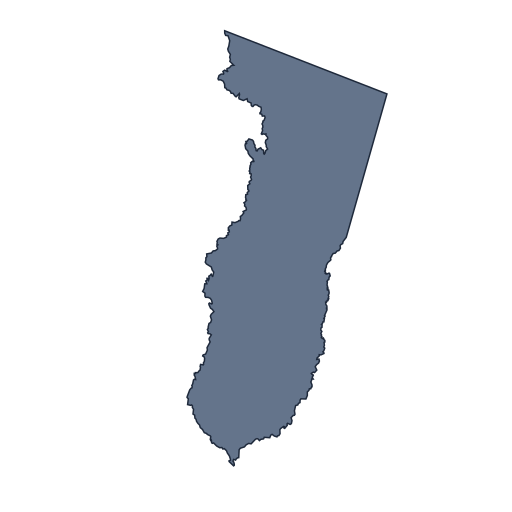 Novo Progresso, Pará, Brazil (Robinson projection), rotated 196°
{"feature_id": "56859067B57581825298876", "entity_name": "Novo Progresso", "entity_type": "district", "adm_level": 2, "iso_a3": "BRA", "parent_name": "Brazil", "parent_adm1": "Pará", "projection": "robinson", "projection_center": [-55.438, -7.908], "detail": "fine", "context": "isolated", "style": "filled", "palette": "slate", "viewbox_px": 512, "rotation_deg": 196, "n_neighbors": 0, "source": "geoboundaries", "source_scale": "gbopen_adm2", "svg_char_len": 6094}
<svg xmlns="http://www.w3.org/2000/svg" viewBox="0 0 512 512"><g transform="rotate(196 256 256)"><path d="M281.9,111.1L282.8,109.1L283.4,101.8L283.3,101.0L281.7,100.1L280.8,94.3L277.8,94.4L276.8,95.1L275.8,94.4L275.4,92.8L273.8,91.5L273.0,86.7L271.1,86.1L270.0,83.3L268.6,82.5L267.6,80.7L265.7,79.1L263.7,78.0L262.3,75.7L259.6,74.5L257.0,71.9L254.4,71.8L253.8,71.1L250.3,70.5L249.7,69.9L249.4,67.1L248.7,66.3L248.4,66.9L248.1,66.6L247.2,64.3L246.4,63.9L245.2,64.6L241.4,62.5L238.0,61.7L236.0,62.5L234.6,61.3L233.4,62.1L230.7,60.7L229.2,58.7L226.5,56.5L224.6,53.7L224.3,52.6L225.5,51.5L225.0,50.9L219.7,48.1L219.2,48.8L219.5,49.9L220.6,51.8L221.5,52.3L221.6,53.5L221.4,54.3L219.4,54.2L219.0,55.7L218.0,57.0L217.0,57.4L218.8,65.1L218.1,66.9L214.5,69.3L213.4,71.8L211.4,73.8L208.9,74.1L206.0,79.7L204.7,80.7L203.7,80.7L201.8,79.5L200.8,81.1L198.3,82.3L198.1,84.0L192.7,85.1L192.4,87.9L191.4,89.0L188.8,88.0L186.0,87.9L185.8,89.0L184.5,89.7L183.9,91.8L185.2,95.7L184.7,97.0L182.5,99.8L181.9,99.8L181.8,98.4L180.9,98.2L179.3,101.8L179.9,103.2L179.5,103.9L176.8,103.5L175.8,104.6L176.0,107.6L177.7,110.3L176.3,113.0L175.2,113.5L174.9,114.6L176.4,117.8L176.7,123.2L174.8,124.3L174.6,126.0L173.3,127.2L173.9,129.6L173.4,131.1L168.6,132.3L168.2,136.1L169.2,139.5L168.1,141.3L168.1,143.1L166.8,143.4L166.5,145.5L166.1,145.7L166.6,147.5L168.6,150.1L168.3,151.5L168.6,153.1L167.1,153.5L168.5,154.8L168.5,156.0L167.9,156.7L168.5,157.6L169.5,157.6L170.5,158.4L168.9,160.2L167.8,160.0L167.4,160.4L166.1,163.1L168.5,165.8L168.5,166.3L167.8,168.3L166.3,170.4L166.1,172.5L167.1,174.3L169.1,173.3L169.2,174.8L167.7,177.3L168.0,178.6L166.4,178.8L163.8,181.0L163.9,181.5L165.3,182.3L164.7,183.5L164.5,186.4L165.8,187.2L165.6,189.0L166.8,191.8L166.1,192.3L166.6,193.9L168.3,194.7L168.1,195.2L168.7,195.8L169.7,195.2L170.7,195.5L170.4,196.7L171.3,197.3L171.2,198.2L172.3,199.4L171.9,201.7L173.3,202.6L173.7,204.7L172.9,205.6L173.6,208.4L174.1,208.4L173.5,209.7L173.5,211.1L172.6,211.4L173.0,214.7L173.5,214.7L173.0,217.3L173.7,217.6L172.9,223.7L173.3,225.0L173.7,224.8L173.9,225.4L173.5,225.6L174.1,227.5L175.5,228.7L176.3,230.7L175.7,230.9L175.8,231.8L175.3,231.8L175.2,233.0L174.6,233.0L174.4,234.4L174.7,234.2L175.0,234.9L174.8,237.0L175.8,238.3L175.4,239.8L175.7,241.2L176.8,243.4L178.0,243.0L178.4,243.8L178.0,243.8L177.9,245.1L178.9,245.6L178.8,246.6L179.7,247.6L180.2,250.6L180.8,251.2L180.1,253.0L179.5,253.4L179.9,255.8L179.2,257.3L180.5,259.5L181.1,259.7L182.8,258.3L183.6,258.6L183.8,258.1L184.5,258.4L184.2,258.7L184.9,259.7L185.7,259.9L185.7,261.1L185.3,261.2L185.8,262.8L185.4,264.5L185.8,266.6L185.1,269.6L183.2,272.4L183.0,273.0L183.8,274.6L183.7,275.6L183.2,276.1L183.3,277.2L182.5,279.7L180.6,280.6L179.4,283.2L177.8,284.1L177.0,286.8L178.0,289.1L177.6,290.3L176.1,291.8L176.3,294.0L174.4,298.7L174.8,447.9L348.2,463.9L347.5,461.6L346.0,459.7L343.6,460.0L340.6,455.7L340.0,450.3L340.2,447.2L339.0,445.2L336.2,442.7L336.1,439.8L334.9,438.0L334.8,435.9L329.9,433.2L332.2,432.3L333.4,429.7L335.5,428.1L335.3,427.1L334.1,425.7L334.4,425.4L337.3,426.0L338.7,424.3L337.4,422.8L337.4,421.9L339.6,421.3L341.3,419.3L341.4,415.9L340.6,415.0L338.5,415.6L335.7,415.0L333.6,412.6L332.4,409.2L331.2,409.1L329.7,407.7L327.6,407.8L326.0,407.2L324.8,405.6L322.9,406.0L319.7,403.6L318.9,403.6L316.8,407.6L316.3,406.6L316.2,403.4L315.5,402.4L311.0,402.0L307.9,404.7L306.6,402.2L302.9,401.7L302.0,399.4L300.8,398.7L300.1,398.9L299.3,400.7L298.3,401.3L296.4,401.4L294.8,400.7L292.2,400.4L291.3,398.4L291.1,395.9L291.7,394.6L291.4,393.8L289.6,393.9L288.5,392.2L286.4,393.0L285.4,391.6L285.7,388.5L286.6,387.5L286.2,386.7L286.6,384.6L285.6,383.5L284.9,381.8L285.2,380.2L284.2,378.3L284.6,374.9L283.7,374.5L282.8,375.4L281.4,375.4L280.1,376.1L279.7,374.7L277.6,373.4L277.1,371.7L278.5,370.0L278.3,367.5L276.7,365.4L276.3,363.9L274.3,362.0L275.7,359.9L275.7,357.3L276.1,356.2L276.8,356.5L277.9,359.8L279.6,359.9L281.3,361.3L283.5,359.3L283.9,357.3L284.9,357.3L285.8,359.4L287.1,360.4L287.5,362.2L289.0,363.5L290.0,365.5L291.4,366.5L295.1,366.6L296.1,363.9L297.3,363.3L296.0,361.8L296.3,361.2L297.1,361.3L297.1,359.5L295.5,356.3L292.7,354.6L291.7,352.5L289.3,350.5L285.5,348.5L285.1,347.0L284.1,346.6L284.2,346.1L285.9,345.7L286.8,344.1L286.2,343.0L286.6,340.7L286.1,340.1L286.3,338.8L285.6,336.9L286.0,335.8L284.9,335.0L284.8,333.5L283.3,333.6L282.7,331.7L283.0,330.4L281.4,328.4L281.5,327.6L283.0,325.8L282.9,324.9L281.8,323.7L283.4,321.5L282.1,317.5L281.4,317.4L280.7,316.5L281.9,314.6L281.2,313.1L282.7,312.2L282.2,309.4L281.4,308.2L281.3,307.3L280.5,307.0L281.3,305.0L282.3,303.9L281.0,302.6L280.8,301.0L279.0,300.0L278.0,298.0L278.1,297.5L280.7,295.2L279.6,294.0L280.9,290.9L282.0,289.7L281.1,287.5L281.0,285.6L282.3,285.3L282.6,284.5L285.4,282.3L288.4,282.0L287.8,279.0L289.3,277.9L290.4,275.6L289.7,273.2L289.0,273.5L288.3,271.9L289.5,270.4L288.4,268.9L290.0,267.4L289.6,266.0L292.0,264.0L295.6,263.3L297.0,262.0L297.6,259.3L296.9,258.2L296.8,256.5L295.7,256.2L296.5,254.8L295.1,253.0L294.9,252.1L296.6,249.9L298.6,249.1L299.7,246.6L304.0,244.4L303.0,241.8L303.7,240.5L303.1,238.4L303.1,236.1L301.5,234.7L295.9,233.1L294.3,230.5L292.2,228.9L291.9,224.8L292.3,224.4L294.1,226.2L294.8,224.6L295.8,223.6L294.9,221.7L294.9,219.8L296.0,221.3L297.0,221.0L296.3,219.4L297.4,218.1L295.6,215.8L297.6,215.1L296.9,210.5L297.5,207.2L294.8,206.2L294.1,203.4L293.1,202.4L290.5,203.0L288.3,202.7L286.5,201.2L285.0,198.5L285.3,197.7L287.8,198.0L288.2,197.2L287.7,196.1L285.3,193.3L283.2,192.6L281.1,190.9L283.0,187.6L283.3,185.6L281.1,182.3L281.3,179.6L282.6,178.2L282.4,174.3L281.9,173.5L282.5,172.0L280.9,170.2L281.3,168.9L280.7,168.2L278.7,168.5L277.2,167.9L278.3,163.9L277.9,162.5L276.4,160.8L277.8,154.4L276.8,152.2L277.4,147.8L279.5,146.4L279.7,145.7L279.7,145.2L278.0,144.7L277.2,143.5L276.6,140.5L277.1,138.8L276.5,137.4L276.7,136.8L279.4,136.5L279.3,134.4L278.7,133.7L278.3,130.9L278.9,130.3L279.8,127.9L282.1,127.2L281.8,126.3L283.0,126.1L282.5,124.4L281.3,123.3L280.0,120.6L281.3,120.5L281.9,119.6L281.6,115.6L282.0,113.7L281.4,113.1L281.2,111.6L281.9,111.1Z" fill="#64748b" stroke="#1e293b" stroke-width="1.5"/></g></svg>